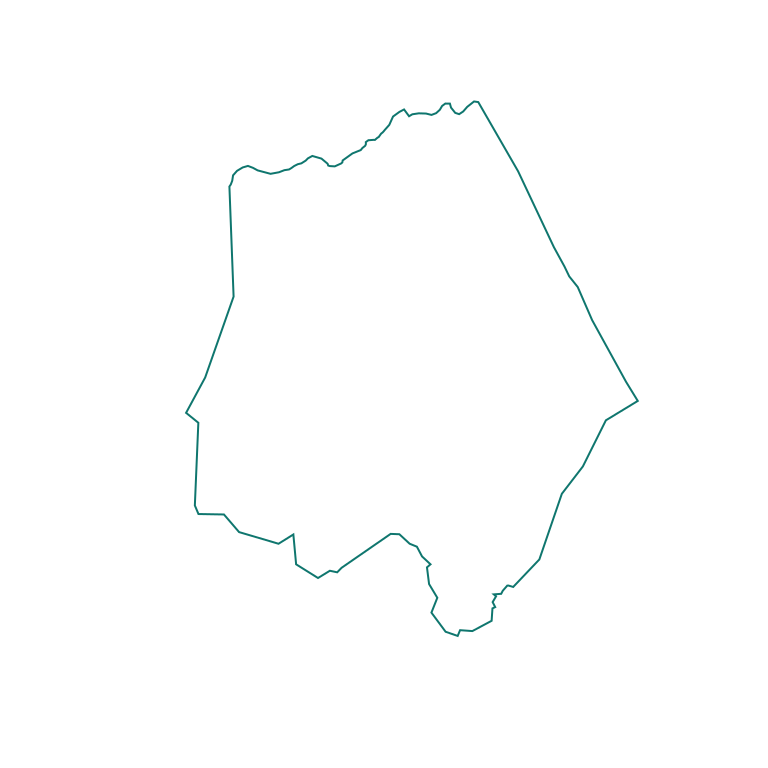 Ashe, North Carolina, United States of America, rotated 59°
{"feature_id": "52423323B47317028722188", "entity_name": "Ashe", "entity_type": "district", "adm_level": 2, "iso_a3": "USA", "parent_name": "United States of America", "parent_adm1": "North Carolina", "projection": "albers", "projection_center": [-81.548, 36.414], "detail": "fine", "context": "isolated", "style": "outline", "palette": "teal", "viewbox_px": 768, "rotation_deg": 59, "n_neighbors": 0, "source": "geoboundaries", "source_scale": "gbopen_adm2", "svg_char_len": 1593}
<svg xmlns="http://www.w3.org/2000/svg" viewBox="0 0 768 768"><g transform="rotate(59 384 384)"><path d="M634.4,445.3L641.3,435.5L642.4,413.7L632.2,406.6L632.5,403.6L626.9,403.2L623.7,397.3L620.9,398.2L624.2,391.6L622.4,388.7L620.3,382.2L620.8,381.2L624.5,377.8L614.4,341.2L569.7,288.1L557.1,256.0L529.4,212.5L529.2,175.2L506.7,175.4L436.4,172.7L400.7,168.0L387.2,169.8L376.3,168.8L354.2,167.9L270.8,159.5L190.9,158.0L188.2,161.3L189.3,169.9L191.2,175.8L191.4,180.6L188.3,183.3L181.6,184.2L177.6,183.1L175.2,187.0L175.6,191.0L177.7,194.9L178.7,199.8L177.8,204.7L173.8,208.7L169.9,214.8L167.4,220.8L167.4,224.6L159.0,225.4L158.7,230.7L159.4,238.5L164.6,246.0L166.7,252.7L167.2,254.0L167.7,255.7L167.9,257.5L169.6,261.4L169.5,262.6L170.1,266.1L169.4,267.1L167.3,271.3L167.0,271.8L167.3,275.0L169.1,276.0L170.1,277.4L170.6,281.0L171.5,283.4L170.1,292.3L171.1,304.3L172.6,305.6L172.9,307.1L172.1,314.1L169.3,318.2L168.0,319.3L166.1,318.9L158.6,321.5L151.6,328.0L151.4,333.0L152.2,336.1L152.3,341.2L151.2,344.7L150.9,348.7L151.2,352.2L151.2,354.9L149.4,359.3L148.4,365.0L145.4,373.0L135.8,382.3L131.2,385.0L127.0,388.3L125.6,393.6L125.6,400.2L127.4,405.9L131.6,409.4L134.1,412.6L135.1,414.8L231.6,467.9L286.3,533.9L306.8,568.5L321.6,563.1L390.7,608.7L399.9,610.0L413.4,588.4L436.3,584.5L466.6,556.7L466.3,539.2L493.3,552.2L516.3,540.5L516.2,526.6L521.3,521.1L519.7,515.0L515.9,455.5L520.7,448.2L534.1,444.3L540.4,439.6L551.4,440.2L562.5,437.0L563.3,441.6L578.7,448.4L594.7,448.4L604.4,461.1L628.1,458.8L637.9,450.6L634.2,445.6L634.4,445.3Z" fill="none" stroke="#0f766e" stroke-width="2"/></g></svg>